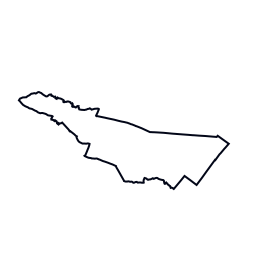 Fantanele, Prahova, Romania (Robinson projection), rotated 325°
{"feature_id": "2599482B12219872135707", "entity_name": "Fantanele", "entity_type": "district", "adm_level": 2, "iso_a3": "ROU", "parent_name": "Romania", "parent_adm1": "Prahova", "projection": "robinson", "projection_center": [26.36, 45.022], "detail": "fine", "context": "isolated", "style": "outline", "palette": "ink", "viewbox_px": 256, "rotation_deg": 325, "n_neighbors": 0, "source": "geoboundaries", "source_scale": "gbopen_adm2", "svg_char_len": 5294}
<svg xmlns="http://www.w3.org/2000/svg" viewBox="0 0 256 256"><g transform="rotate(325 128 128)"><path d="M181.1,204.4L188.0,202.0L188.9,201.9L189.4,201.8L195.3,200.2L196.4,200.0L201.5,198.7L197.0,185.8L195.5,186.2L186.6,178.8L181.8,175.0L177.9,171.8L177.7,171.6L177.2,171.3L173.6,168.3L164.8,161.1L164.1,160.5L161.5,158.4L154.7,152.6L148.3,147.5L143.6,143.9L138.9,135.8L138.3,134.9L136.4,132.0L135.7,131.1L135.5,130.9L135.5,130.7L135.4,130.6L135.2,130.3L134.7,129.4L134.3,128.9L133.6,127.7L132.4,126.3L131.8,125.2L131.1,124.3L130.7,123.6L128.2,120.8L127.1,119.7L126.5,119.1L124.1,116.4L121.4,113.2L116.7,108.2L115.8,107.2L115.1,106.4L109.6,100.6L109.1,100.4L108.9,100.1L108.9,99.6L111.9,97.9L114.0,96.5L114.7,96.1L115.0,95.7L114.8,95.3L114.6,95.0L114.4,94.8L113.6,94.3L112.8,93.8L111.6,93.1L108.7,92.1L108.6,91.5L108.3,90.6L108.0,90.0L107.9,89.9L107.3,89.9L107.0,89.9L106.7,89.7L106.0,89.3L104.3,89.0L103.8,88.7L103.0,88.4L102.9,88.4L102.5,88.2L101.6,87.4L101.0,87.0L100.2,86.3L99.1,85.2L99.0,84.9L98.8,84.8L98.9,83.8L98.9,83.7L99.4,83.2L99.5,83.0L99.5,82.9L99.3,82.3L99.3,82.1L99.5,81.9L99.9,81.7L99.7,81.5L99.5,81.4L99.5,81.2L98.9,81.0L98.7,81.0L98.1,81.0L97.7,81.1L97.2,81.3L96.9,81.2L96.5,80.5L96.2,79.6L95.7,79.5L95.5,79.0L94.9,79.0L94.8,78.9L95.0,78.6L95.3,78.5L95.5,78.4L95.6,78.2L95.3,78.2L95.0,78.0L95.2,77.8L95.4,77.9L95.4,77.7L95.6,77.7L95.7,77.4L95.7,77.2L96.0,76.9L96.5,76.4L96.5,75.8L96.3,75.8L96.0,75.7L95.7,75.7L95.4,75.2L95.4,74.3L95.5,74.0L95.6,73.8L95.3,73.3L94.9,72.9L94.7,72.5L94.4,72.1L93.9,71.8L93.5,71.4L93.1,71.3L92.8,71.4L92.7,71.4L92.3,71.1L92.1,71.0L91.6,70.6L90.9,70.5L90.5,70.0L90.1,69.9L90.0,69.6L90.2,69.2L90.5,69.0L91.2,68.6L91.1,68.0L90.9,67.6L90.5,66.9L90.3,66.2L90.1,65.9L89.2,64.7L88.2,63.8L88.1,63.5L87.8,62.7L86.3,63.3L85.7,62.2L86.3,61.9L86.3,60.6L85.9,60.6L85.5,60.1L85.1,59.9L85.1,59.5L84.7,58.8L84.3,58.4L83.9,57.8L84.3,57.5L84.3,57.4L84.3,57.2L84.1,56.9L84.1,56.7L83.9,56.8L83.4,56.0L83.0,55.7L82.7,55.6L82.2,55.6L81.4,55.7L80.3,55.7L79.9,55.7L79.5,55.5L79.1,55.2L78.9,54.9L78.7,54.4L78.3,53.6L77.5,51.6L77.2,50.5L77.0,49.6L76.4,48.8L76.1,48.2L75.6,47.4L75.1,47.2L74.6,47.0L73.8,47.0L72.8,47.0L72.3,46.9L72.0,46.7L71.7,46.1L71.5,45.9L70.7,45.5L69.6,45.1L69.0,44.7L68.4,44.5L67.6,44.5L66.7,44.6L66.0,44.6L63.7,44.3L62.4,44.5L62.2,44.4L61.1,43.7L60.3,43.3L60.2,43.2L59.8,42.9L59.5,42.7L58.9,42.5L57.7,42.3L56.6,42.0L55.8,42.2L54.5,42.8L54.8,44.0L54.9,45.8L55.2,48.1L55.3,48.9L55.5,49.3L56.3,51.2L57.2,52.7L57.7,53.4L58.0,54.0L58.2,54.8L58.4,55.1L58.7,55.6L59.3,56.2L60.1,57.1L60.4,57.5L60.6,57.9L61.0,58.8L61.9,60.6L62.7,61.7L63.0,62.9L63.2,63.5L64.1,64.9L64.6,65.6L65.2,65.8L65.7,66.1L66.5,66.6L67.1,67.3L68.4,68.9L68.8,69.6L69.0,69.8L69.5,71.3L69.8,71.8L70.2,72.2L72.5,74.4L72.8,74.9L72.9,75.2L72.6,75.3L72.2,75.6L70.6,76.3L70.3,76.5L70.6,77.4L71.0,78.0L70.8,78.0L71.4,78.7L71.6,79.0L71.5,79.4L71.8,79.9L71.9,80.2L72.7,79.9L72.9,80.4L73.1,80.9L73.2,81.2L73.0,81.3L73.1,81.5L73.1,82.1L72.9,82.6L72.7,83.1L73.1,83.2L73.0,83.4L72.8,83.8L72.8,84.1L73.8,84.2L73.7,84.7L73.4,84.8L73.1,84.7L73.1,85.3L73.6,85.3L74.3,85.1L74.8,85.1L75.0,85.2L75.6,85.7L75.8,85.7L77.2,85.8L78.5,95.6L78.4,96.0L78.3,96.5L78.4,97.0L78.5,97.6L79.0,97.6L79.1,98.3L79.6,99.7L80.0,101.1L80.4,102.4L80.7,104.1L80.9,104.8L81.1,105.1L81.3,105.5L80.9,105.7L80.5,106.1L80.4,106.3L80.1,107.8L79.9,109.3L79.9,110.6L80.0,111.2L80.2,111.6L80.3,112.0L80.6,112.5L81.7,114.5L81.8,114.6L82.1,114.9L83.1,115.5L84.8,116.9L86.3,117.6L87.4,118.9L86.8,119.6L84.1,121.6L83.3,122.1L82.0,122.9L81.3,123.4L78.3,125.3L77.1,126.0L76.9,126.0L76.5,125.8L76.4,125.8L76.4,126.1L77.5,128.0L78.5,129.6L78.8,129.9L79.3,130.4L80.3,131.3L80.5,131.5L80.8,132.1L81.0,132.3L81.7,132.8L82.2,133.2L82.5,133.4L83.1,134.0L84.8,135.0L85.1,135.3L85.3,135.6L85.4,135.9L85.7,136.2L86.1,137.0L86.5,137.4L88.5,140.7L89.7,142.2L91.7,145.0L92.3,145.9L92.6,146.4L94.5,149.1L95.5,150.9L96.3,152.3L96.1,152.5L95.9,153.7L95.8,154.8L95.6,157.4L95.0,163.5L94.7,166.6L94.5,168.7L94.3,169.1L94.6,169.5L95.0,170.2L95.7,170.8L96.2,171.1L96.8,171.5L97.6,171.8L98.2,172.4L98.9,173.3L99.9,173.8L100.3,174.1L100.5,174.5L100.7,174.8L100.8,175.4L100.9,175.8L101.2,176.1L101.6,176.3L103.2,176.6L104.1,177.1L104.3,177.2L104.5,178.1L104.8,178.4L105.3,178.7L105.7,178.9L106.9,179.7L108.0,180.8L109.3,181.7L109.5,181.8L109.7,181.6L109.8,181.3L109.9,181.0L110.4,180.3L111.0,179.6L112.7,178.5L112.9,178.4L113.0,178.4L113.1,178.5L113.5,179.3L113.9,179.7L114.1,180.0L114.3,181.1L114.4,181.4L114.7,181.9L115.1,182.1L115.7,182.2L116.6,182.8L117.1,183.0L118.5,183.3L119.3,183.3L119.6,183.5L119.8,184.2L119.8,184.3L120.2,184.5L121.3,184.7L121.8,184.8L122.9,185.3L123.3,185.7L123.5,186.0L123.6,186.6L123.7,186.9L124.1,187.6L125.0,188.8L125.7,189.6L126.8,190.7L127.1,191.0L127.1,191.5L127.1,192.0L126.8,192.4L126.7,192.7L126.2,193.8L126.0,194.4L126.0,194.7L126.1,194.9L126.3,195.0L126.7,194.9L127.8,194.5L128.0,194.5L128.0,195.3L128.0,195.5L128.4,196.0L128.2,196.7L128.2,196.9L128.2,197.2L128.6,197.8L128.7,198.1L128.7,198.9L129.2,199.8L129.1,200.1L128.9,200.7L128.6,201.2L128.6,201.3L128.6,201.5L129.3,201.7L129.5,201.8L129.6,202.1L130.2,202.8L130.3,203.1L130.3,203.7L130.4,203.9L130.5,204.2L140.6,201.5L146.8,199.7L149.1,206.5L151.5,214.0L160.1,211.2L167.2,208.7L175.4,205.9L181.0,204.0L181.1,204.4Z" fill="none" stroke="#020617" stroke-width="2"/></g></svg>